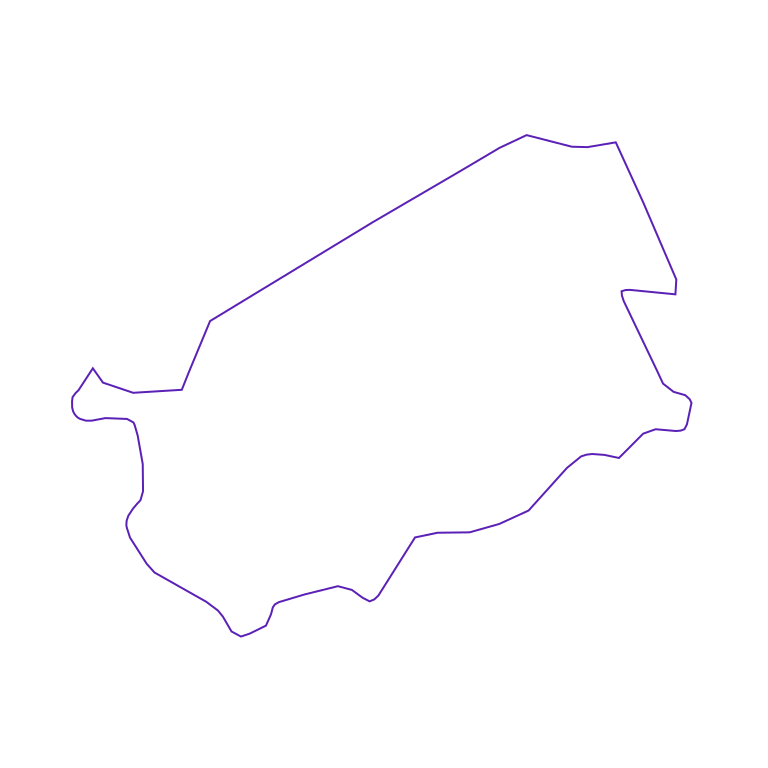 an SVG outline of El Progreso, rotated 7°
{"feature_id": "GTM-1956", "entity_name": "El Progreso", "entity_type": "Department", "adm_level": 1, "iso_a3": "GTM", "parent_name": "Guatemala", "parent_adm1": "", "projection": "natural_earth1", "projection_center": [-90.123, 14.917], "detail": "fine", "context": "isolated", "style": "outline", "palette": "violet", "viewbox_px": 768, "rotation_deg": 7, "n_neighbors": 0, "source": "natural_earth", "source_scale": "10m", "svg_char_len": 1278}
<svg xmlns="http://www.w3.org/2000/svg" viewBox="0 0 768 768"><g transform="rotate(7 384 384)"><path d="M92.5,456.7L86.7,455.7L84.2,454.7L82.2,453.2L80.5,451.5L78.8,449.1L77.4,445.5L76.5,439.4L76.5,435.0L79.1,430.4L81.5,427.5L93.1,403.9L104.9,416.9L136.1,423.3L184.0,414.4L188.7,396.6L203.7,342.7L353.1,224.8L433.6,163.5L469.8,135.6L495.2,119.6L541.5,125.6L557.1,124.1L584.6,115.9L619.4,172.6L661.4,244.7L662.3,259.5L616.7,260.6L612.3,261.3L608.5,263.0L609.4,267.3L611.9,272.6L653.3,337.4L660.9,349.6L672.4,356.5L684.4,358.4L689.2,361.8L691.5,365.3L689.6,387.1L687.7,392.3L683.9,394.2L679.3,395.1L659.1,395.8L647.3,401.7L626.2,428.8L611.5,427.5L599.3,428.1L593.8,429.4L588.5,431.8L575.8,445.0L542.9,492.0L515.4,508.9L487.0,520.8L455.3,525.1L433.5,532.5L404.2,594.7L400.6,599.0L396.2,601.5L388.7,598.7L377.2,592.3L362.9,590.3L331.2,602.4L306.3,613.3L302.6,616.0L300.9,619.2L299.9,626.4L296.3,638.2L281.2,648.1L274.5,651.3L272.8,652.1L262.8,648.2L252.5,634.6L246.8,629.1L234.1,621.8L179.2,599.1L170.4,591.4L150.6,567.4L146.4,558.3L145.5,555.8L145.2,551.1L146.3,545.9L150.1,538.2L154.0,532.3L155.3,530.7L156.5,528.8L157.9,519.8L154.3,492.9L145.8,465.2L141.5,455.1L140.0,452.7L133.2,450.0L111.6,451.8L98.4,456.0L92.5,456.7Z" fill="none" stroke="#5b21b6" stroke-width="2"/></g></svg>